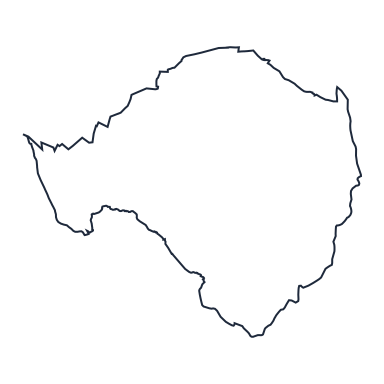 outline of Doclin, Caras-Severin, Romania
{"feature_id": "2599482B42660116166173", "entity_name": "Doclin", "entity_type": "district", "adm_level": 2, "iso_a3": "ROU", "parent_name": "Romania", "parent_adm1": "Caras-Severin", "projection": "albers", "projection_center": [21.618, 45.308], "detail": "fine", "context": "isolated", "style": "outline", "palette": "slate", "viewbox_px": 384, "rotation_deg": 0, "n_neighbors": 0, "source": "geoboundaries", "source_scale": "gbopen_adm2", "svg_char_len": 5901}
<svg xmlns="http://www.w3.org/2000/svg" viewBox="0 0 384 384"><path d="M271.0,324.1L271.8,323.1L273.4,320.7L274.0,319.3L274.5,318.2L275.2,317.1L275.8,316.0L276.5,314.9L277.3,313.9L278.9,311.9L280.8,309.8L283.3,309.3L284.8,307.5L285.8,305.6L286.8,303.8L287.9,302.0L289.0,300.2L291.7,300.5L295.7,302.6L298.2,301.1L298.5,299.3L298.4,297.0L298.3,294.6L298.4,292.3L298.5,289.9L298.7,287.8L299.2,285.9L300.9,285.7L301.4,286.3L302.0,286.8L302.6,287.3L303.3,287.7L305.0,287.0L306.8,286.3L308.5,285.6L310.1,284.7L313.1,283.0L317.1,280.5L319.2,279.1L321.1,277.5L325.5,268.8L327.0,267.7L328.5,266.7L330.1,265.7L331.8,264.9L332.2,263.0L332.2,259.2L334.4,251.4L334.5,250.0L334.5,248.6L334.5,247.2L334.4,245.8L334.3,244.8L333.4,241.7L335.7,236.1L335.6,233.8L335.7,231.4L335.8,229.0L336.0,226.6L336.8,225.5L338.1,225.4L339.5,225.1L340.7,224.6L341.9,224.0L343.4,222.5L344.8,221.0L346.0,219.4L347.1,217.7L348.5,217.1L350.1,215.3L350.5,214.7L350.8,213.9L351.1,213.2L351.3,212.4L351.4,211.5L351.3,210.1L351.0,208.7L350.6,207.3L350.0,206.0L350.3,203.3L351.5,199.5L350.8,193.9L351.0,191.0L352.6,188.4L356.1,185.7L357.9,185.5L359.0,184.8L359.3,183.4L359.0,182.4L358.6,181.4L358.1,180.5L357.5,179.6L357.7,178.3L358.4,177.6L359.2,177.0L360.1,176.5L361.0,176.1L360.9,174.7L357.1,163.6L356.0,155.7L356.1,149.1L355.6,146.6L352.8,141.1L350.5,130.3L350.3,128.1L350.2,125.8L350.3,123.5L350.6,121.2L350.1,117.6L348.1,111.7L347.6,109.2L347.8,99.7L341.4,90.7L337.2,87.1L336.9,88.6L336.7,90.1L336.6,91.7L336.5,93.2L336.5,93.8L336.8,95.8L337.0,97.8L337.1,99.6L337.1,101.4L333.4,101.4L328.1,100.0L325.6,99.7L320.3,97.1L316.5,94.7L314.6,95.5L314.6,94.6L314.1,94.2L313.9,93.8L313.7,93.7L313.3,93.8L312.2,92.9L312.3,92.5L310.0,91.8L308.5,91.9L307.0,91.9L305.6,91.7L304.1,91.3L301.6,89.6L299.2,87.7L296.8,85.8L294.6,83.7L288.7,80.2L284.9,79.0L283.0,77.1L279.4,71.3L273.7,67.9L270.4,64.8L267.8,63.3L269.5,60.6L268.1,60.1L267.6,60.2L267.3,60.1L266.0,60.0L265.0,60.2L264.6,60.1L264.7,59.6L264.5,59.3L264.4,58.9L263.3,58.9L263.0,59.8L261.9,59.4L257.8,55.7L253.3,50.5L250.5,50.8L247.6,51.1L244.7,51.3L241.8,51.4L238.3,51.7L238.7,48.5L238.9,47.3L235.7,47.5L230.1,47.2L227.2,47.5L227.3,47.7L218.7,48.0L201.5,52.6L194.4,54.3L186.1,56.0L183.4,57.3L182.2,59.1L181.6,59.9L181.5,61.0L179.1,63.1L174.5,67.7L173.4,67.8L172.4,68.0L170.5,68.8L168.2,69.4L167.8,69.8L167.8,71.9L159.8,71.6L159.8,73.4L158.7,75.8L158.1,77.6L156.8,79.0L156.4,81.0L156.4,84.3L156.5,86.4L158.1,86.7L157.8,88.6L156.9,89.0L155.4,89.3L146.5,88.4L132.5,94.4L131.5,94.9L130.6,99.0L129.3,102.3L127.7,105.9L125.0,108.3L120.7,112.7L110.5,116.6L109.7,119.1L107.6,126.9L98.5,122.4L96.8,126.2L96.0,125.8L93.7,133.6L92.5,142.3L89.1,142.7L82.2,137.7L72.8,145.9L68.4,149.3L62.1,144.0L59.5,146.1L57.6,144.8L54.6,150.9L53.4,147.5L41.4,142.5L42.2,149.5L28.4,136.6L23.0,134.3L24.6,135.1L25.7,135.6L27.2,136.5L27.3,136.7L27.5,137.0L28.1,138.7L28.9,141.7L29.1,142.3L29.3,142.8L29.5,143.1L29.8,143.4L30.3,143.8L30.8,143.9L31.3,143.9L31.4,144.7L31.5,145.1L32.1,147.1L33.5,150.8L33.5,151.7L33.6,151.8L33.9,153.3L33.9,153.5L34.1,154.2L34.1,155.5L34.2,156.1L34.7,157.1L34.8,157.7L35.4,158.4L35.9,159.1L36.3,160.1L36.5,160.5L36.6,161.1L36.7,161.8L37.1,166.1L37.1,167.1L37.9,173.4L40.6,180.0L44.3,187.7L45.2,189.8L46.3,192.1L47.4,194.5L48.8,198.2L51.2,202.9L52.4,205.4L53.1,206.6L54.9,210.2L55.0,210.8L55.1,211.5L55.9,214.3L56.0,217.2L56.8,219.8L58.3,222.0L60.9,223.6L63.8,224.6L66.9,225.3L68.9,227.1L71.3,228.8L73.4,230.9L75.2,231.8L77.5,231.8L79.6,231.4L81.5,231.3L82.9,232.3L83.8,233.8L84.6,235.1L85.3,235.0L87.5,234.4L88.6,234.0L88.2,232.8L87.1,230.8L88.1,231.3L89.5,232.6L89.8,232.6L91.8,231.3L92.1,231.3L92.7,230.9L93.0,230.5L93.0,230.0L92.8,229.8L92.5,229.6L92.2,229.4L92.2,229.2L92.3,228.1L92.0,226.0L91.7,223.6L90.7,220.2L91.2,218.6L91.8,217.5L91.9,216.8L91.9,215.7L91.8,215.2L91.7,214.4L91.9,214.2L92.4,214.2L92.8,213.9L93.1,213.6L93.6,213.8L94.0,214.0L95.0,213.7L98.7,212.5L100.0,211.6L101.9,209.6L102.2,208.4L102.0,208.1L102.4,206.6L103.6,206.2L104.5,206.1L105.6,205.8L106.5,205.8L107.2,206.3L107.6,206.4L107.8,206.9L109.8,206.9L109.9,207.2L110.0,208.0L110.2,208.5L110.7,209.0L111.6,209.2L112.9,209.8L115.2,209.5L115.3,209.1L116.4,208.9L118.3,209.7L119.5,210.9L120.8,211.1L121.3,211.0L122.3,210.5L123.0,210.3L124.3,210.5L124.7,211.1L125.5,211.1L125.5,210.9L126.0,210.8L126.8,211.3L127.6,211.1L128.0,211.3L128.6,211.7L128.8,212.0L130.3,211.9L131.1,211.3L131.8,211.1L132.8,211.1L133.6,211.8L135.0,212.8L136.7,214.4L136.8,215.5L136.8,216.5L136.8,217.1L136.7,217.7L137.4,219.3L139.8,221.3L145.7,225.0L147.1,227.2L147.8,228.6L149.1,229.9L149.7,230.1L150.6,230.3L151.0,230.7L153.2,231.6L153.6,231.5L154.0,231.8L154.4,231.5L154.6,231.7L155.1,231.9L155.5,232.3L155.9,231.9L157.1,232.6L157.1,232.8L157.1,233.3L157.4,233.7L158.5,234.4L161.9,237.2L163.2,238.7L163.3,239.7L164.9,239.1L165.0,240.7L165.5,241.6L165.4,243.9L168.2,247.9L171.7,253.9L172.2,253.7L172.3,253.8L173.3,255.2L185.2,269.0L189.1,271.9L190.9,272.7L191.8,272.7L192.3,272.4L193.1,272.1L193.7,272.1L194.4,272.6L195.4,272.9L195.7,272.9L196.2,272.7L196.6,272.7L197.2,272.9L197.2,273.1L197.3,273.4L197.8,273.5L198.2,273.8L198.6,273.8L199.2,274.2L199.9,274.4L200.4,274.5L200.9,274.9L201.0,275.4L200.7,276.2L201.8,276.7L202.6,276.9L203.0,277.0L203.7,277.6L204.0,278.1L202.9,279.3L203.1,279.5L203.3,279.6L203.7,279.7L203.6,280.6L203.8,281.3L203.9,281.5L204.5,282.1L202.4,284.2L202.0,285.1L201.1,287.7L200.2,288.6L199.8,289.1L199.5,289.7L199.3,290.2L199.2,290.8L199.8,294.6L200.5,298.1L201.3,301.6L202.2,305.1L203.6,306.5L209.4,308.3L211.6,308.7L213.1,308.4L215.0,308.8L217.1,310.8L220.6,316.8L225.8,321.8L229.1,323.8L231.9,325.3L233.6,325.7L234.0,325.2L234.4,324.6L234.6,323.9L234.6,323.2L242.3,326.1L243.8,328.3L247.6,331.9L248.9,333.3L250.4,335.9L251.5,336.7L253.0,336.8L257.9,335.1L261.1,335.2L261.8,335.1L262.5,334.8L263.0,334.4L264.8,329.0L265.5,328.0L268.4,325.7L270.6,324.7L271.0,324.1Z" fill="none" stroke="#1e293b" stroke-width="2"/></svg>